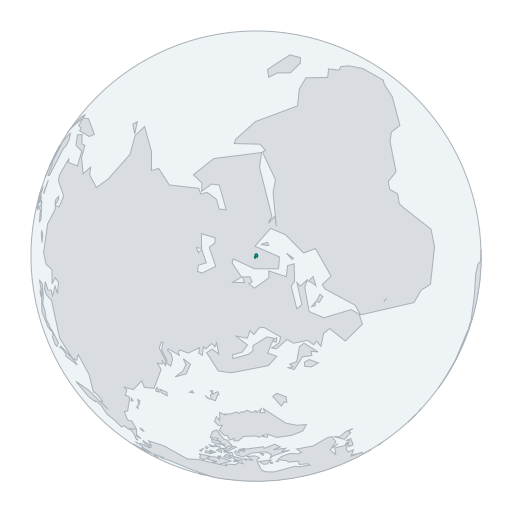 the Earth from above Nevsehir, rotated 202°
{"feature_id": "TUR-2288", "entity_name": "Nevsehir", "entity_type": "Province", "adm_level": 1, "iso_a3": "TUR", "parent_name": "Turkey", "parent_adm1": "", "projection": "orthographic", "projection_center": [34.679, 38.876], "detail": "fine", "context": "on_globe", "style": "filled", "palette": "teal", "viewbox_px": 512, "rotation_deg": 202, "n_neighbors": 0, "source": "natural_earth", "source_scale": "10m", "svg_char_len": 11143}
<svg xmlns="http://www.w3.org/2000/svg" viewBox="0 0 512 512"><g transform="rotate(202 256 256)"><circle cx="256" cy="256" r="225" fill="#eef3f6" stroke="#a8b0b8"/><path d="M199.3,38.0L199.5,37.9L207.6,36.0L212.3,35.0L232.8,33.8L259.4,34.0L268.9,33.4L266.0,34.5L284.6,33.6L299.7,35.8L281.9,33.9L279.6,34.3L289.6,35.8L289.3,36.6L294.0,37.9L292.8,39.0L282.5,38.4L281.6,39.3L288.7,40.3L292.0,42.5L281.7,40.7L286.4,44.4L270.1,45.5L243.6,42.1L233.8,45.6L204.5,50.4L206.5,51.6L196.6,55.0L195.2,57.9L190.2,58.5L193.4,60.5L198.2,59.4L201.3,60.0L200.9,61.8L194.4,62.7L193.7,61.9L191.5,63.2L188.5,62.9L189.8,64.1L182.0,65.3L189.0,66.9L182.3,70.2L177.3,70.3L178.7,66.6L170.8,59.6L166.2,59.5L158.2,62.6L141.2,75.5L135.8,77.3L127.7,82.4L130.2,82.8L137.5,79.0L140.2,81.5L148.7,77.1L151.1,77.7L159.5,75.3L157.2,79.7L150.4,85.7L143.3,88.1L140.1,91.0L146.0,92.3L131.9,101.2L121.3,114.8L117.8,117.0L112.4,113.7L114.6,103.8L107.7,101.8L111.0,107.6L102.2,113.8L100.2,116.9L100.1,119.5L103.0,119.0L99.8,122.3L95.2,117.3L98.1,114.2L99.5,115.6L100.5,111.3L97.3,108.9L93.1,112.8L92.9,106.8L89.8,109.6L88.1,110.3L92.9,105.9L84.2,113.9L83.3,111.6L76.6,119.7L87.2,106.8L98.7,94.7L111.1,83.5L124.2,73.3L138.1,64.0L152.6,55.8L167.8,48.7L183.3,42.8L199.3,38.0ZM37.2,202.4L36.1,207.5L35.8,208.6L32.1,233.3L31.9,253.0L31.8,263.9L31.5,266.7L32.3,273.2L32.3,276.4L39.0,302.2L45.4,321.0L47.2,331.6L45.7,335.1L49.6,346.3L43.6,331.1L38.7,315.6L35.0,299.7L32.4,283.5L31.0,267.2L30.8,250.9L31.7,234.6L33.9,218.4L37.2,202.4ZM69.9,129.1L71.8,126.3L70.3,128.5L69.9,129.1ZM209.4,35.6L214.4,34.6L207.8,36.0L203.3,37.0L209.4,35.6ZM228.2,32.8L225.0,33.3L222.2,33.4L224.9,33.0L228.2,32.8ZM275.7,33.1L270.3,32.7L275.6,32.9L275.7,33.1ZM294.8,38.0L296.4,37.9L298.2,38.7L294.8,38.0ZM160.2,73.0L159.8,74.1L158.5,74.0L160.2,73.0ZM164.2,71.1L162.9,70.2L164.6,69.1L165.4,69.7L164.2,71.1ZM298.0,41.2L300.3,42.7L296.2,41.0L298.0,41.2ZM165.5,72.5L167.8,67.4L170.8,65.7L176.3,66.6L165.5,72.5ZM300.4,43.6L306.2,47.8L310.2,47.9L302.0,50.6L299.9,45.7L294.1,43.5L298.8,44.2L300.4,43.6ZM199.9,58.4L194.8,59.5L199.4,57.0L199.9,58.4ZM202.2,56.6L212.3,48.9L219.8,48.4L214.9,50.9L224.9,49.4L223.5,52.9L217.8,54.5L213.2,54.0L216.2,55.8L202.2,56.6ZM296.6,51.6L296.4,52.8L294.6,51.5L296.6,51.6ZM202.8,60.1L204.2,58.4L210.8,57.8L209.2,61.1L207.6,60.2L202.8,60.1ZM228.1,47.4L232.7,47.8L232.9,50.7L234.7,51.3L224.1,53.0L228.1,47.4ZM205.9,61.3L208.3,62.9L204.8,64.9L201.9,61.7L205.9,61.3ZM213.1,56.4L216.2,56.3L214.0,57.4L213.1,56.4ZM193.9,73.5L195.4,71.2L198.9,70.6L193.9,73.5ZM209.4,63.4L210.6,62.7L212.1,62.3L212.9,63.8L209.4,63.4ZM225.0,55.0L224.1,56.3L229.4,54.5L229.7,56.8L222.6,57.6L225.8,58.3L225.9,59.0L220.0,58.9L225.0,55.0ZM218.5,64.2L209.5,66.5L206.0,70.9L202.7,71.4L209.0,64.4L218.5,64.2ZM219.9,61.1L218.3,63.1L215.0,62.5L214.1,60.9L219.9,61.1ZM232.5,58.3L233.8,54.4L235.3,54.4L232.5,58.3ZM218.1,65.5L220.2,65.0L218.2,65.9L218.1,65.5ZM228.8,60.5L229.1,59.1L230.8,59.1L228.8,60.5ZM224.4,65.2L221.5,65.9L220.8,64.6L224.4,65.2ZM226.9,63.1L229.2,63.5L222.3,63.8L226.7,62.4L226.9,63.1ZM230.4,60.8L231.5,60.3L230.0,61.4L230.4,60.8ZM228.7,69.7L220.1,70.4L218.5,67.6L227.1,67.2L228.7,69.7ZM94.1,331.9L83.6,295.0L90.0,286.4L92.1,272.0L137.0,240.6L145.6,247.5L179.8,251.3L183.9,254.3L178.8,265.5L203.7,285.2L213.0,276.6L236.6,286.8L252.9,287.0L260.7,264.7L233.9,263.9L230.3,252.5L252.6,243.6L276.2,244.8L275.5,240.5L261.5,231.0L267.8,222.9L256.8,227.0L260.6,231.5L253.8,234.5L249.9,230.6L252.2,227.7L245.4,225.6L235.8,240.7L238.6,246.9L220.1,248.2L223.1,258.9L217.7,263.1L210.7,246.8L212.1,241.2L198.3,222.2L195.2,228.1L208.0,246.6L203.6,244.7L199.4,253.7L199.1,245.3L185.9,224.4L169.8,224.2L147.7,242.0L138.6,240.7L131.8,232.7L141.4,210.6L160.6,216.3L164.3,209.4L161.9,196.5L167.9,199.7L169.2,195.4L176.6,197.1L188.4,189.3L196.1,190.2L202.1,177.7L206.9,176.6L202.0,184.1L202.7,190.2L222.0,192.8L226.2,190.5L228.5,182.4L233.5,184.5L233.3,176.4L245.1,174.4L230.5,170.3L232.9,161.6L240.7,155.6L238.9,152.3L226.1,162.1L223.4,166.8L225.2,171.8L215.5,185.1L208.6,186.4L208.9,170.4L199.1,170.8L203.6,158.9L235.2,138.4L247.8,135.3L265.6,147.9L261.9,153.2L253.7,151.1L260.0,160.8L260.1,156.2L264.3,158.3L267.6,151.2L270.7,152.3L268.6,143.8L272.7,144.4L274.0,149.8L282.5,140.6L291.6,140.4L292.0,137.8L289.9,135.2L302.8,137.1L302.5,135.2L298.2,133.7L294.8,129.1L293.9,121.9L298.5,123.0L299.4,125.7L308.2,133.4L309.9,141.0L311.7,140.7L311.2,134.4L300.5,125.0L298.7,120.4L304.4,124.1L302.2,122.4L302.7,120.5L307.4,119.7L301.5,115.4L301.0,95.1L310.2,92.3L315.2,97.4L319.7,86.2L329.6,85.0L325.6,83.5L325.0,77.9L321.9,78.1L319.9,77.1L317.0,64.2L319.8,62.4L314.0,56.3L311.9,55.7L309.5,56.6L302.0,50.6L310.2,47.9L314.5,49.3L316.7,47.2L326.2,51.0L335.0,53.6L344.1,59.8L350.3,61.7L350.4,60.7L359.0,63.1L376.1,72.4L361.6,69.1L335.8,58.6L346.3,63.0L343.7,63.5L347.3,66.1L354.7,69.4L355.7,68.8L366.5,83.7L383.9,98.0L383.2,92.1L388.1,92.5L407.3,106.3L429.0,138.4L435.8,141.5L439.8,146.3L441.8,153.3L436.0,146.4L433.3,147.7L429.7,143.1L431.0,152.8L425.9,146.7L429.4,157.8L433.9,160.6L434.7,153.9L439.9,166.8L447.5,169.7L454.2,179.6L461.3,208.0L459.6,223.6L460.7,227.6L457.0,227.7L456.7,239.6L467.3,251.7L468.6,257.5L465.9,276.5L465.1,272.5L455.3,272.6L456.8,287.8L464.3,291.2L467.0,301.4L462.7,303.4L459.5,294.7L456.0,294.4L454.6,281.8L447.1,267.4L442.6,276.5L440.7,269.1L429.7,259.6L421.8,272.2L410.9,303.0L413.2,322.5L407.8,334.3L391.9,313.5L385.0,296.0L379.1,300.7L362.9,289.4L334.4,297.3L330.5,292.8L325.1,296.7L313.7,293.7L307.8,285.8L300.9,287.6L316.6,308.0L324.1,306.1L330.6,295.7L333.5,303.4L344.5,307.9L331.7,330.5L289.6,354.0L285.9,339.5L255.8,298.3L256.9,293.3L256.8,292.7L256.5,291.7L253.4,299.9L248.3,291.2L264.0,321.3L266.4,333.9L289.0,354.9L286.8,357.4L294.2,361.2L318.3,352.1L318.4,356.9L306.8,380.5L273.7,410.8L278.4,427.0L276.4,439.9L256.4,448.4L258.8,456.7L248.5,459.4L248.3,463.5L240.5,467.3L227.1,469.8L203.7,466.7L201.7,463.5L189.2,454.6L171.5,431.0L176.9,421.6L174.6,412.3L157.7,386.6L161.3,374.7L157.0,367.9L147.8,366.6L142.8,358.1L137.4,356.1L103.8,346.4L94.1,331.9ZM120.5,261.5L119.1,265.6L120.5,261.5ZM300.8,257.5L315.1,256.3L309.3,242.8L314.4,241.4L310.5,237.5L308.8,241.8L299.5,231.0L306.0,225.9L304.5,219.8L299.6,220.0L289.4,231.3L302.6,246.5L299.0,252.9L300.8,257.5ZM36.0,207.9L35.3,211.6L35.7,209.2L36.0,207.9ZM46.9,172.9L45.5,177.2L46.3,174.3L46.9,172.9ZM52.7,158.9L48.0,169.9L49.1,167.0L52.7,158.9ZM68.8,130.8L69.1,130.2L70.6,128.1L68.8,130.8ZM102.5,114.1L102.7,114.6L101.8,117.6L100.8,117.0L102.5,114.1ZM106.8,127.1L101.5,132.3L104.6,128.0L102.0,127.8L105.4,119.1L116.2,117.7L110.7,119.7L106.8,127.1ZM112.8,107.7L109.5,113.0L112.7,107.3L112.8,107.7ZM169.4,171.9L171.4,175.6L167.9,179.9L158.1,180.3L163.1,173.9L169.4,171.9ZM175.1,180.0L178.1,164.9L184.3,164.5L180.3,167.2L184.1,168.4L178.7,173.2L181.7,188.2L178.8,193.1L162.4,190.3L169.3,188.3L166.9,184.6L175.1,180.0ZM174.9,131.6L176.3,126.3L187.9,132.1L185.3,136.5L175.4,136.7L172.6,131.8L174.9,131.6ZM174.7,75.6L174.5,74.1L176.3,73.7L178.0,74.7L174.7,75.6ZM194.3,72.5L177.6,81.9L176.5,80.6L168.1,88.4L161.9,88.1L167.5,82.9L156.4,88.9L159.1,84.2L151.9,88.7L165.2,77.3L167.1,73.7L167.3,77.7L173.0,78.0L176.0,77.0L186.0,71.8L192.9,64.7L199.6,64.3L202.5,65.9L201.9,67.6L197.7,67.2L199.8,69.7L193.3,70.4L194.3,72.5ZM232.5,92.2L227.9,89.9L231.1,97.3L224.6,97.1L225.4,98.0L220.3,100.1L215.4,104.2L212.6,103.5L211.9,105.5L208.5,107.1L206.6,109.6L201.0,109.4L198.2,112.6L197.1,110.7L193.8,116.4L193.7,112.1L189.3,114.1L191.8,117.2L165.8,112.2L155.1,114.2L146.1,118.6L147.1,111.3L156.1,102.9L168.7,95.6L178.9,95.0L177.5,92.2L182.0,91.1L181.2,93.8L185.1,89.1L188.6,89.1L199.8,84.2L203.2,78.0L207.3,76.3L207.7,78.7L211.6,75.4L215.2,78.9L218.3,77.9L224.9,80.6L223.9,86.3L227.4,84.8L232.6,87.1L232.5,92.2ZM230.4,70.6L230.7,76.8L227.3,80.0L217.2,74.0L213.9,74.5L207.3,71.3L212.4,66.9L213.8,68.2L216.4,68.4L213.8,69.7L217.8,68.8L219.8,70.7L223.5,70.6L222.6,72.6L230.4,70.6ZM189.3,250.8L192.6,252.0L197.9,252.4L195.4,258.3L189.3,250.8ZM180.0,236.6L183.1,236.5L182.2,244.5L178.8,243.5L180.0,236.6ZM185.6,229.9L183.4,235.9L182.6,232.0L185.6,229.9ZM204.9,183.7L208.3,183.4L208.4,185.3L206.1,187.9L204.9,183.7ZM240.5,116.0L238.4,113.7L239.6,112.8L239.4,106.6L244.2,106.5L246.2,110.2L240.5,116.0ZM255.7,268.6L250.5,272.9L248.2,270.7L250.4,269.7L255.7,268.6ZM221.2,266.4L228.7,269.9L220.4,267.9L221.2,266.4ZM245.7,114.9L245.0,112.2L247.8,113.8L245.7,114.9ZM247.7,106.2L251.1,107.5L244.7,105.8L247.7,106.2ZM315.2,433.3L299.9,455.2L289.2,456.5L287.1,451.4L292.7,438.8L305.1,433.5L311.2,426.5L315.2,433.3ZM476.7,301.0L476.4,302.8L476.9,300.3L477.1,299.0L476.7,301.0ZM476.2,303.4L470.1,319.3L467.1,323.4L468.3,318.9L473.3,309.5L476.2,303.4ZM468.1,319.4L462.7,320.4L451.4,308.3L455.5,304.3L466.5,306.0L466.0,309.4L469.2,310.3L468.1,319.4ZM478.9,280.5L478.2,289.2L475.4,297.5L473.9,300.2L472.8,293.1L473.5,286.5L474.9,283.4L477.7,253.3L479.2,253.0L479.1,264.2L480.1,267.2L478.9,280.5ZM414.2,323.8L419.6,332.1L416.3,336.0L414.2,323.8ZM476.6,236.0L477.0,248.7L476.0,233.9L476.6,236.0ZM474.7,223.7L475.8,227.2L474.5,225.6L474.7,223.7ZM462.8,233.0L461.3,237.3L460.2,234.7L461.4,227.7L462.8,233.0ZM459.4,188.2L463.3,196.0L464.4,199.4L461.8,196.2L459.4,188.2ZM285.6,113.7L280.6,122.1L280.2,128.9L284.9,133.5L276.1,131.0L276.7,120.5L285.6,113.7ZM298.6,97.1L294.5,93.7L297.6,93.2L299.0,93.9L298.6,97.1ZM295.2,96.5L287.5,96.2L286.0,93.0L292.4,93.8L295.2,96.5ZM266.5,104.8L264.7,107.2L262.5,105.7L266.5,104.8ZM480.5,275.2L480.6,273.2L479.8,282.1L479.6,283.7L479.3,285.5L479.8,279.1L480.5,267.5L480.7,261.3L481.2,250.3L480.6,266.4L480.7,269.5L481.2,261.2L480.8,269.6L480.7,271.5L480.5,275.2ZM480.2,237.2L479.1,234.7L479.2,240.8L478.0,224.5L479.4,229.5L480.2,237.2ZM477.6,226.4L477.9,232.0L477.0,223.3L477.6,226.4ZM477.3,230.7L476.2,226.6L476.6,224.6L477.3,230.7ZM477.8,224.8L475.9,216.6L477.1,219.7L477.8,224.8ZM473.1,217.8L475.9,219.4L474.2,223.7L469.1,209.6L469.5,206.1L473.1,217.8ZM443.6,144.0L440.7,141.0L439.6,137.3L441.9,140.4L443.6,144.0ZM433.5,124.0L438.4,135.4L441.9,145.3L443.1,145.0L448.0,152.9L443.7,150.0L437.8,138.4L436.0,132.1L431.2,126.2L427.2,119.2L421.2,113.8L417.9,109.6L422.8,112.8L433.5,124.0ZM418.6,111.8L406.6,101.4L406.7,97.7L409.3,99.1L414.8,105.3L414.4,106.8L418.6,111.8ZM403.8,97.9L403.3,99.5L384.7,90.7L380.8,88.0L395.0,92.0L395.3,93.8L399.8,96.8L403.8,97.9ZM298.8,53.0L296.6,52.8L298.1,52.2L298.8,53.0ZM318.2,77.4L315.8,75.8L317.5,74.8L318.2,77.4ZM310.0,71.1L309.7,73.2L308.1,70.5L310.0,71.1ZM309.3,78.2L308.6,73.9L312.0,78.7L309.3,78.2Z" fill="#d9dde1" stroke="#a8b0b8" stroke-width="1"/><path d="M256.4,258.1L256.2,258.0L256.1,257.9L255.9,257.9L255.6,257.9L255.4,257.9L255.2,257.7L255.0,257.4L255.1,257.2L254.9,257.0L254.7,257.0L254.6,256.9L254.5,256.7L254.7,256.3L254.6,256.0L254.6,255.8L255.0,256.1L255.1,255.8L255.1,255.6L255.5,255.4L255.8,255.2L256.0,255.1L255.9,254.9L255.9,254.5L255.8,254.3L255.8,254.2L255.7,254.1L255.8,253.9L256.0,254.0L256.2,253.9L256.2,254.0L256.3,254.0L256.5,254.3L256.6,254.5L256.9,254.8L257.0,254.9L256.9,255.0L257.0,255.1L257.0,255.3L257.0,255.5L256.9,255.9L256.8,256.1L257.0,256.4L257.2,256.7L257.2,256.9L257.2,257.0L256.9,257.7L256.8,257.8L256.7,258.0L256.4,258.1Z" fill="#14b8a6" stroke="#0f766e" stroke-width="1.5"/></g></svg>